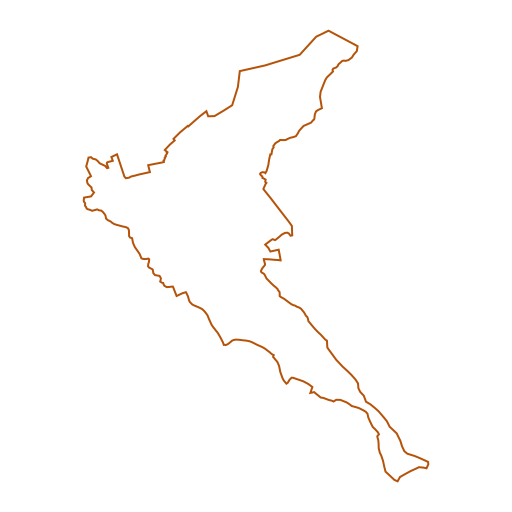 the district of Stei, Bihor, Romania
{"feature_id": "2599482B13533696934170", "entity_name": "Stei", "entity_type": "district", "adm_level": 2, "iso_a3": "ROU", "parent_name": "Romania", "parent_adm1": "Bihor", "projection": "albers", "projection_center": [22.468, 46.534], "detail": "fine", "context": "isolated", "style": "outline", "palette": "amber", "viewbox_px": 512, "rotation_deg": 0, "n_neighbors": 0, "source": "geoboundaries", "source_scale": "gbopen_adm2", "svg_char_len": 5416}
<svg xmlns="http://www.w3.org/2000/svg" viewBox="0 0 512 512"><path d="M357.6,46.2L348.3,41.2L343.2,38.5L328.5,30.7L316.2,36.7L299.7,54.8L277.2,61.7L265.2,65.4L239.8,71.1L237.9,86.9L232.2,105.2L224.2,110.3L214.5,116.1L208.2,116.3L206.4,111.2L199.8,116.3L188.3,126.4L187.8,125.9L180.0,132.4L173.5,138.9L174.7,140.4L170.0,144.5L169.1,145.4L164.8,150.0L166.1,151.1L167.5,152.2L167.0,153.2L166.9,153.2L167.0,153.5L165.4,156.0L165.8,156.4L165.1,157.6L164.7,158.0L164.9,158.3L164.6,159.0L164.1,160.4L163.6,160.6L163.8,161.3L163.9,162.0L161.5,162.6L157.8,163.3L151.1,164.6L148.2,165.2L149.9,172.1L142.2,173.8L138.6,174.6L135.4,175.5L133.3,176.0L131.1,176.5L129.0,177.7L125.8,178.2L124.4,176.6L117.0,154.3L111.4,157.0L112.8,160.8L107.8,162.1L107.0,162.6L106.8,163.5L108.3,167.8L107.2,168.2L106.5,167.6L105.3,166.0L99.7,163.3L97.9,161.2L95.7,159.4L92.8,158.7L91.0,157.2L88.5,157.6L87.9,160.3L86.2,166.5L91.0,176.2L88.0,178.1L86.9,180.4L87.5,183.3L88.3,184.4L91.5,187.5L91.8,190.0L94.0,192.5L91.1,196.4L84.1,197.6L83.7,200.5L83.9,201.2L84.0,201.8L84.8,202.7L85.2,203.6L85.0,205.4L85.4,206.3L86.1,207.1L86.6,208.4L87.4,209.1L89.9,209.8L92.1,210.8L97.2,209.4L99.0,210.3L101.3,210.6L103.0,212.1L104.8,214.4L105.4,215.4L105.9,217.5L106.1,218.6L107.0,219.4L107.9,220.2L110.5,221.4L112.3,222.9L114.3,224.1L116.5,224.8L123.2,226.6L125.5,227.0L127.1,227.7L128.1,228.3L128.8,229.9L129.0,231.6L129.1,236.1L130.0,237.5L132.1,238.2L133.0,242.8L134.8,247.0L139.6,253.9L141.4,258.3L142.5,258.8L144.9,259.1L146.8,258.9L148.4,258.6L149.2,259.3L149.0,261.7L148.3,263.9L148.0,266.2L149.1,267.6L151.3,268.7L152.7,269.5L153.0,271.0L153.3,273.1L155.0,275.1L157.3,275.5L159.5,275.9L160.4,277.3L160.9,278.5L160.6,280.2L160.2,281.6L161.9,282.7L163.2,283.0L163.6,284.3L164.4,285.8L166.7,287.1L168.9,287.0L171.0,286.7L172.9,286.6L173.4,287.8L174.0,289.4L176.6,296.0L182.5,293.2L185.9,292.2L186.6,293.5L188.0,296.4L189.0,300.2L189.8,301.9L190.7,302.9L192.2,304.4L193.4,305.1L195.0,305.8L198.4,307.2L200.7,308.3L202.4,309.3L204.0,310.8L204.9,311.8L205.9,313.1L207.5,315.3L208.5,317.8L209.1,319.3L210.6,322.6L211.6,324.8L213.4,327.4L214.7,329.0L215.9,330.6L217.7,332.8L219.2,335.3L221.0,338.5L222.0,340.6L222.9,342.3L223.8,344.9L224.9,344.8L225.6,345.1L226.6,344.7L227.9,344.1L229.6,342.8L230.9,341.7L232.0,340.7L233.6,340.0L234.8,339.8L236.1,339.6L237.7,339.7L239.5,339.8L243.0,340.3L246.2,340.6L247.8,340.9L249.6,341.3L251.5,342.0L254.0,343.2L257.1,344.8L260.3,346.2L262.9,347.4L265.2,348.8L267.8,350.8L269.9,352.4L270.8,353.3L272.2,354.4L273.2,354.9L273.7,355.1L273.1,356.9L277.4,362.0L279.1,366.0L280.3,372.0L282.5,378.1L283.7,380.4L286.4,383.7L287.8,382.7L289.5,379.8L291.6,377.7L293.1,377.8L303.3,381.3L308.3,384.0L312.4,387.0L310.4,392.9L312.9,392.4L314.1,392.1L316.5,394.1L320.7,397.5L323.3,397.9L328.6,399.9L331.8,400.7L333.6,401.5L336.2,399.8L340.4,399.9L343.1,401.0L346.5,402.3L349.7,404.4L351.7,406.0L355.4,407.0L359.0,408.1L363.5,410.4L365.8,411.8L367.5,413.8L368.3,417.5L369.7,420.7L371.4,424.3L372.8,427.0L375.3,429.4L378.0,432.4L378.9,434.4L377.3,436.2L377.5,437.5L378.3,440.3L378.6,443.8L378.7,448.2L379.8,452.6L381.4,456.0L383.0,460.8L384.2,466.4L385.5,471.6L389.7,475.5L394.4,479.9L397.6,481.3L400.0,477.0L405.8,473.7L410.6,471.1L416.7,468.3L418.9,467.2L423.5,467.6L426.5,468.3L428.3,464.4L428.1,461.9L419.8,458.1L414.4,455.9L407.3,453.7L404.3,451.1L402.0,446.2L400.3,440.7L398.1,436.3L396.8,433.5L393.7,430.5L389.6,426.7L387.0,421.4L384.3,418.0L381.5,414.7L378.5,411.2L375.1,408.2L370.5,404.4L366.0,401.7L363.8,395.7L360.2,391.9L358.4,388.2L358.0,383.4L355.4,379.4L351.3,374.8L347.1,370.7L342.7,366.7L336.3,359.9L328.7,349.5L327.4,347.6L327.2,345.8L327.1,343.0L326.9,340.6L325.7,339.9L324.6,338.9L323.1,337.2L320.7,334.6L318.0,332.1L316.3,330.4L314.4,328.3L312.5,326.1L308.4,321.1L307.9,318.6L307.3,317.0L305.9,315.7L304.2,312.6L301.9,309.8L300.8,308.5L298.4,307.2L297.0,306.8L295.2,305.7L292.7,304.9L290.9,303.9L284.1,298.8L281.0,297.1L279.7,296.1L279.7,293.7L279.5,291.9L278.4,290.7L277.6,289.1L276.0,287.5L273.8,285.7L271.4,283.5L269.2,281.2L266.5,278.5L265.7,276.8L264.6,274.7L263.8,273.7L261.4,272.3L260.9,271.1L261.1,270.6L262.2,268.4L263.9,266.3L264.9,265.1L265.0,264.0L264.6,262.5L263.8,259.6L263.8,259.1L266.0,259.2L268.8,259.3L275.6,259.9L278.0,260.0L280.6,260.4L280.6,259.9L278.7,249.7L270.4,251.5L269.7,250.4L268.4,247.9L265.2,244.6L268.1,242.4L271.5,239.8L272.7,239.2L273.8,239.6L275.0,240.1L275.6,239.8L279.3,236.8L281.8,234.6L285.0,232.9L287.3,232.7L288.9,233.5L290.5,235.7L292.2,235.4L291.9,226.0L288.6,221.4L279.6,209.8L270.7,198.2L263.4,189.1L263.4,188.9L265.7,183.7L266.4,182.9L265.2,181.8L265.6,179.6L263.0,178.1L262.5,178.0L262.3,176.4L261.7,176.0L260.2,174.4L260.1,173.9L260.7,172.9L262.4,172.2L264.5,172.4L265.4,173.1L266.7,170.7L267.5,167.9L268.3,165.2L268.9,161.1L269.2,159.2L270.3,154.4L271.4,154.4L271.8,152.2L272.4,149.1L273.6,147.5L273.3,146.1L275.3,143.3L277.4,141.9L279.1,141.0L280.0,140.0L284.4,140.1L286.2,139.8L287.5,139.0L290.2,137.8L293.2,137.1L295.9,136.2L297.8,133.4L299.1,130.9L300.2,129.6L303.6,125.9L304.8,125.4L311.1,122.6L313.2,120.1L313.9,119.7L314.3,118.9L314.9,114.1L316.1,111.3L318.3,109.9L321.9,108.2L320.0,96.9L320.6,91.8L322.9,86.0L325.2,80.2L326.8,77.5L333.0,71.5L332.5,70.0L333.1,68.7L336.3,67.4L337.7,66.0L338.4,64.4L342.3,60.9L344.1,60.6L345.4,60.9L348.4,60.1L351.8,57.6L352.8,56.1L353.7,54.6L356.8,51.1L357.4,47.5L357.6,46.2Z" fill="none" stroke="#b45309" stroke-width="2"/></svg>